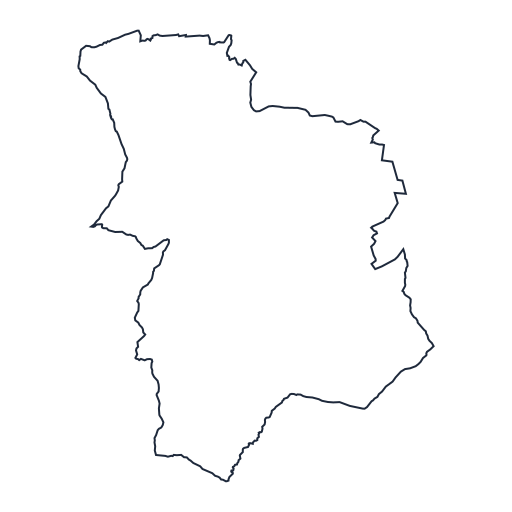 Cislau, Buzau, Romania (orthographic projection)
{"feature_id": "2599482B87783009724517", "entity_name": "Cislau", "entity_type": "district", "adm_level": 2, "iso_a3": "ROU", "parent_name": "Romania", "parent_adm1": "Buzau", "projection": "orthographic", "projection_center": [26.377, 45.21], "detail": "fine", "context": "isolated", "style": "outline", "palette": "slate", "viewbox_px": 512, "rotation_deg": 0, "n_neighbors": 0, "source": "geoboundaries", "source_scale": "gbopen_adm2", "svg_char_len": 5992}
<svg xmlns="http://www.w3.org/2000/svg" viewBox="0 0 512 512"><path d="M362.7,408.6L364.6,408.7L367.0,407.1L371.6,401.2L373.0,400.4L374.5,398.6L377.4,396.9L378.9,394.1L382.0,391.6L385.8,386.6L392.6,381.6L395.6,377.4L400.9,371.6L405.0,369.1L410.1,368.3L415.7,366.2L418.4,364.1L420.6,361.9L423.0,358.0L426.3,355.4L426.5,354.8L426.3,353.3L427.0,351.8L430.3,349.4L433.6,346.2L431.9,343.1L429.5,340.8L428.2,338.8L427.5,335.6L426.2,333.5L425.8,331.3L424.1,329.9L417.7,322.6L417.5,320.9L416.6,319.4L415.9,318.3L414.0,317.2L411.9,314.3L410.4,311.1L410.6,308.0L410.1,305.4L410.6,302.3L410.7,299.3L409.4,297.7L405.5,295.2L404.3,293.8L403.7,291.9L402.4,290.9L405.1,286.1L405.3,284.7L404.9,282.8L404.9,279.0L405.5,277.9L404.9,272.6L405.8,271.3L406.3,268.0L407.6,265.9L407.2,262.1L406.8,261.6L406.6,260.1L405.1,258.5L404.9,254.5L403.3,249.2L397.6,256.8L394.9,259.4L381.8,266.4L375.2,269.1L371.5,263.9L375.7,260.7L375.6,259.0L373.7,255.5L371.1,246.6L374.1,243.8L375.5,241.1L372.1,237.5L373.6,235.2L377.0,233.4L376.4,231.6L374.1,230.8L372.0,228.5L372.1,228.3L371.2,227.7L372.3,226.6L383.5,221.6L385.2,220.1L386.0,218.6L389.0,218.0L389.5,216.6L397.7,203.1L394.7,192.9L405.9,193.8L402.4,180.6L397.6,179.9L392.4,161.7L381.9,160.3L384.0,145.0L382.0,144.5L379.3,144.5L375.1,143.2L374.4,142.3L371.3,142.6L372.8,139.6L372.3,138.0L372.9,137.0L373.3,135.4L378.7,130.6L376.7,128.8L375.2,128.2L365.5,121.7L363.5,121.7L360.4,120.0L358.5,121.2L350.2,124.3L347.3,124.2L342.6,121.3L338.0,121.8L335.5,121.6L333.4,117.5L331.9,116.6L328.1,115.7L324.8,115.0L312.4,116.2L309.8,115.5L308.5,112.6L305.5,109.8L297.6,107.9L284.3,107.7L279.6,106.7L272.7,106.0L268.7,106.4L259.6,111.1L256.1,111.4L253.9,110.2L251.4,106.9L250.3,102.6L251.1,99.7L250.4,95.0L250.7,86.2L251.0,84.0L250.3,81.7L256.2,72.3L252.2,68.9L250.0,65.3L245.4,59.8L243.3,60.9L243.2,62.5L242.3,63.4L241.7,65.5L239.7,64.5L238.4,64.6L237.6,63.0L237.0,62.7L235.8,59.0L234.7,57.8L233.6,58.7L231.9,58.9L230.1,60.1L229.6,59.9L229.1,58.4L229.3,57.2L228.3,55.7L227.4,55.9L226.8,52.9L229.0,46.8L230.7,45.0L231.3,43.2L231.6,40.3L231.0,39.1L231.3,35.7L231.0,35.4L229.2,35.0L228.6,35.3L224.2,42.1L223.6,42.5L219.9,42.4L219.6,41.9L218.1,42.1L216.5,42.7L214.3,44.5L209.8,43.8L209.9,40.2L209.5,38.2L208.1,35.3L203.1,36.0L199.6,35.6L185.7,36.6L185.9,35.0L179.1,36.2L178.2,34.4L176.1,35.0L162.5,36.0L159.7,35.6L157.6,34.4L155.8,35.1L153.5,35.4L152.5,36.1L152.4,38.0L150.8,38.6L150.9,39.5L150.3,40.6L148.6,39.3L147.4,38.9L146.6,39.3L145.6,40.5L144.7,40.8L142.3,40.6L140.3,41.3L140.8,35.3L138.7,30.7L137.1,30.7L128.4,33.9L125.1,34.7L118.0,38.0L112.3,39.6L109.2,41.6L107.8,41.2L106.2,42.9L105.8,42.4L103.8,42.8L102.4,44.7L99.9,45.0L96.5,46.7L94.2,47.3L91.4,47.2L89.9,46.2L86.1,45.8L81.1,49.6L80.5,51.5L80.3,55.9L79.6,56.4L79.7,59.2L78.4,66.1L78.7,68.3L80.2,69.6L80.3,71.2L81.6,73.3L86.8,76.5L90.0,80.6L95.3,84.7L96.7,87.8L100.9,93.5L105.4,96.9L107.9,103.4L108.4,108.8L109.4,109.6L110.4,113.8L110.1,114.9L110.4,115.7L110.9,116.0L111.1,116.7L110.7,116.8L111.1,118.1L111.8,119.3L112.7,119.3L114.2,122.8L114.4,126.9L115.0,129.3L115.8,131.2L116.8,131.6L118.5,135.2L121.5,144.0L123.8,148.9L125.2,154.4L127.0,157.8L127.3,159.2L126.9,160.7L125.8,162.1L124.5,168.3L122.4,171.6L122.1,179.3L122.3,181.6L118.8,184.2L118.3,185.2L118.8,186.9L118.1,190.5L116.4,193.6L115.2,195.6L110.9,200.5L108.4,206.4L106.0,208.3L100.9,215.1L99.3,218.8L96.6,221.2L94.1,224.5L91.2,226.6L93.3,226.9L94.9,226.3L95.9,225.1L97.2,224.5L101.8,224.2L102.2,224.7L101.9,227.0L102.1,227.5L103.3,228.2L106.8,228.3L108.4,230.2L115.2,232.0L122.3,231.8L126.3,234.5L128.1,234.9L130.1,234.6L132.6,235.8L135.1,236.3L135.8,236.9L136.3,238.4L137.8,241.0L140.3,243.0L141.4,245.0L142.8,245.7L144.9,248.9L148.0,248.3L152.1,248.2L153.6,247.0L155.5,246.5L163.7,240.3L166.3,240.0L167.2,239.2L168.9,240.0L168.9,242.7L168.4,244.0L165.0,250.2L163.4,251.4L162.9,252.4L163.0,254.7L159.8,264.3L159.0,265.2L154.2,268.4L153.9,270.8L153.1,271.9L153.1,273.2L152.1,278.0L151.3,279.9L148.3,283.5L147.9,284.5L142.9,287.4L140.7,290.7L140.3,292.2L140.2,294.5L138.6,296.9L138.6,298.3L137.2,301.0L138.5,302.8L138.8,304.1L138.4,310.9L137.2,312.5L134.8,317.7L135.3,320.4L138.3,322.6L139.5,325.0L142.0,327.5L142.9,329.3L143.3,332.5L145.2,334.5L144.1,336.0L137.4,342.1L138.1,346.8L136.5,348.4L136.0,350.4L137.2,354.4L135.4,357.9L136.1,358.7L138.0,359.1L139.2,360.1L140.9,358.9L144.7,360.3L147.0,359.2L150.0,359.0L151.8,359.6L152.3,361.6L151.6,363.1L151.3,367.5L152.3,370.3L152.2,372.2L152.4,373.6L154.0,376.8L157.6,380.8L158.6,384.5L158.9,388.0L158.6,391.5L156.8,393.8L156.6,395.0L158.9,400.7L159.6,403.6L158.9,408.3L159.3,414.3L159.5,415.4L161.7,418.7L163.4,422.3L162.8,424.9L161.7,426.9L161.0,427.7L158.9,428.8L157.7,430.2L156.1,435.1L154.5,438.1L154.8,440.3L154.5,442.5L155.2,446.3L154.8,450.5L156.0,455.0L165.3,455.9L167.9,456.7L171.3,455.8L172.7,456.1L173.7,454.9L176.8,455.2L181.2,454.9L184.0,457.2L186.8,457.4L188.9,459.6L190.6,460.6L193.3,463.0L200.2,466.3L202.5,469.0L212.3,473.2L215.1,475.8L217.8,476.6L219.6,477.6L221.1,479.5L222.9,479.7L225.9,481.3L226.9,481.2L228.5,480.6L228.5,479.4L229.4,477.0L232.8,473.7L232.7,472.6L231.5,472.0L231.2,471.2L231.5,470.5L232.8,470.6L233.3,470.2L233.6,468.6L232.8,467.5L232.9,466.9L234.3,466.2L235.0,464.8L237.0,464.5L237.3,463.2L238.4,461.8L238.6,460.2L240.4,458.6L239.8,455.5L240.0,454.9L242.8,452.1L242.8,449.5L243.1,448.7L244.2,447.9L248.0,447.0L249.2,444.6L248.7,443.9L249.2,443.2L250.6,443.2L252.8,443.8L252.9,442.5L254.7,440.6L255.9,440.8L257.3,440.1L257.3,438.3L258.9,436.9L258.5,434.6L259.2,433.4L258.8,432.7L259.8,432.1L261.1,432.2L261.8,431.7L262.5,428.7L262.2,426.8L264.6,424.5L265.1,422.0L264.9,420.0L265.4,418.6L266.3,417.7L268.7,417.5L269.7,417.0L271.6,412.7L271.8,410.8L274.7,408.6L275.8,406.9L281.9,402.5L282.4,400.9L283.5,400.0L284.0,398.8L287.5,397.6L290.1,394.3L291.4,393.9L293.9,394.0L296.4,395.0L297.3,394.4L300.6,394.6L303.2,396.1L306.4,397.0L312.4,397.5L318.8,399.2L322.0,400.8L327.9,402.0L333.3,402.4L339.6,402.1L349.8,405.9L362.7,408.6Z" fill="none" stroke="#1e293b" stroke-width="2"/></svg>